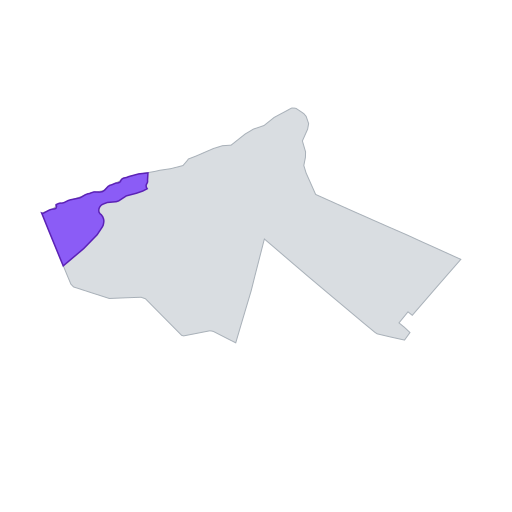 Aqaba on a map of Jordan (Albers equal-area conic projection), rotated 58°
{"feature_id": "JOR-849", "entity_name": "Aqaba", "entity_type": "Province", "adm_level": 1, "iso_a3": "JOR", "parent_name": "Jordan", "parent_adm1": "", "projection": "albers", "projection_center": [35.24, 29.976], "detail": "fine", "context": "in_parent", "style": "filled", "palette": "violet", "viewbox_px": 512, "rotation_deg": 58, "n_neighbors": 0, "source": "natural_earth", "source_scale": "10m", "svg_char_len": 2462}
<svg xmlns="http://www.w3.org/2000/svg" viewBox="0 0 512 512"><g transform="rotate(58 256 256)"><path d="M164.2,139.5L171.6,141.2L175.8,145.0L183.0,155.7L194.0,158.8L198.5,161.8L204.6,167.5L212.0,169.5L235.4,172.8L253.8,160.5L269.4,150.0L287.0,138.1L298.9,130.0L319.2,116.1L332.6,107.3L350.1,95.6L367.4,84.1L372.8,101.9L378.1,119.3L383.7,137.4L389.1,154.9L383.9,156.7L388.5,170.2L395.2,167.9L402.5,166.0L406.0,174.6L396.1,184.7L386.2,194.5L383.8,195.6L370.7,200.0L343.6,208.8L325.5,214.7L302.3,222.2L283.0,228.3L263.8,234.3L246.0,239.9L256.4,250.8L272.3,267.5L283.0,278.6L295.6,292.9L306.9,305.7L318.9,319.2L310.8,324.1L297.4,332.1L296.0,333.5L294.9,334.9L289.6,348.8L285.4,359.7L283.9,361.1L264.9,365.4L245.8,369.7L233.7,372.4L230.1,375.3L222.3,388.8L214.3,402.9L200.7,414.4L185.6,427.1L181.8,427.9L170.8,426.1L151.9,422.8L133.7,419.7L121.3,417.5L106.1,414.8L108.4,404.2L107.8,398.4L111.4,379.5L113.5,370.6L114.6,364.0L119.7,350.7L119.1,346.3L120.2,330.9L119.7,327.9L122.0,319.5L126.4,307.4L130.7,296.9L132.3,292.2L136.7,282.2L140.6,270.0L138.5,263.3L137.9,262.0L139.4,254.3L141.3,241.7L142.3,235.0L144.7,226.0L148.8,218.4L146.8,200.6L147.0,191.0L149.6,180.0L148.1,167.2L149.3,148.9L149.5,147.2L151.0,145.0L152.1,143.8L160.6,140.0L164.2,139.5Z" fill="#d9dde1" stroke="#a8b0b8" stroke-width="1"/><path d="M106.5,398.1L106.8,395.9L107.3,394.1L108.3,392.6L109.0,390.5L109.4,386.0L109.9,383.9L113.2,375.0L113.5,373.4L113.6,368.4L114.1,365.7L114.4,365.0L114.7,364.3L115.0,363.6L115.0,362.6L115.8,359.4L118.9,354.9L120.0,352.2L120.0,349.6L118.6,344.6L118.6,342.3L119.1,340.9L119.8,336.6L120.2,335.6L120.7,334.8L121.0,333.9L121.2,332.8L121.0,331.6L120.0,330.0L119.7,329.1L119.7,327.2L120.9,323.9L121.2,321.9L124.2,312.0L128.3,303.6L129.4,304.4L134.2,307.8L135.3,308.4L136.2,309.2L137.0,310.7L137.9,311.8L138.9,312.3L139.7,312.6L141.3,312.6L140.9,317.7L139.4,324.2L136.3,334.1L136.5,343.3L135.9,345.7L131.8,353.8L131.0,357.9L130.8,360.0L131.2,361.5L131.5,362.3L132.1,363.3L132.7,364.1L133.6,364.9L134.6,365.5L135.7,365.9L136.9,365.9L137.9,365.8L138.8,365.4L139.7,365.3L141.5,365.2L143.6,365.6L145.0,366.1L146.3,366.9L147.7,368.1L149.0,369.4L150.0,371.1L153.8,379.5L158.4,398.2L162.1,424.0L162.2,424.7L153.8,423.3L143.3,421.5L133.4,419.8L122.3,417.9L113.9,416.4L106.0,415.0L107.0,414.3L107.5,406.9L108.0,404.8L109.5,401.4L109.4,400.1L108.0,398.7L107.0,398.7L107.0,398.4L107.0,398.2L106.9,398.1L106.5,398.1Z" fill="#8b5cf6" stroke="#5b21b6" stroke-width="1.5"/></g></svg>